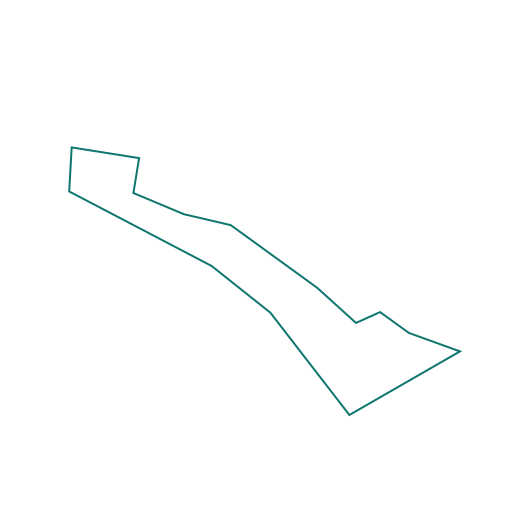 map outline of Navotas (Robinson projection), rotated 331°
{"feature_id": "PHL-5544", "entity_name": "Navotas", "entity_type": "Highly Urbanized City", "adm_level": 1, "iso_a3": "PHL", "parent_name": "Philippines", "parent_adm1": "", "projection": "robinson", "projection_center": [120.945, 14.665], "detail": "fine", "context": "isolated", "style": "outline", "palette": "teal", "viewbox_px": 512, "rotation_deg": 331, "n_neighbors": 0, "source": "natural_earth", "source_scale": "10m", "svg_char_len": 345}
<svg xmlns="http://www.w3.org/2000/svg" viewBox="0 0 512 512"><g transform="rotate(331 256 256)"><path d="M260.6,440.3L241.1,312.6L212.4,243.3L123.9,109.0L147.4,71.7L201.2,113.7L179.3,141.5L213.2,184.5L248.9,216.8L294.1,313.5L311.0,363.0L337.3,365.2L352.4,397.4L388.1,438.3L260.6,440.3Z" fill="none" stroke="#0f766e" stroke-width="2"/></g></svg>